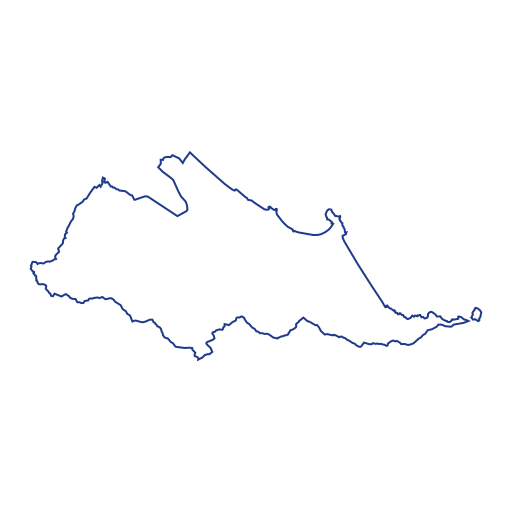 Phu Loc, Thừa Thiên - Huế, Vietnam
{"feature_id": "81297802B61067118889021", "entity_name": "Phu Loc", "entity_type": "district", "adm_level": 2, "iso_a3": "VNM", "parent_name": "Vietnam", "parent_adm1": "Thừa Thiên - Huế", "projection": "mercator", "projection_center": [107.975, 16.288], "detail": "fine", "context": "isolated", "style": "outline", "palette": "blue", "viewbox_px": 512, "rotation_deg": 0, "n_neighbors": 0, "source": "geoboundaries", "source_scale": "gbopen_adm2", "svg_char_len": 6027}
<svg xmlns="http://www.w3.org/2000/svg" viewBox="0 0 512 512"><path d="M386.6,345.9L387.6,345.4L387.8,343.8L388.8,342.9L391.1,341.3L393.2,340.5L395.3,341.4L396.8,340.9L400.0,342.7L401.2,344.1L404.7,344.0L408.0,345.0L410.8,344.4L413.7,343.2L418.5,338.8L421.1,337.3L422.8,335.2L425.2,333.8L427.6,330.3L432.1,329.2L436.8,326.6L438.4,324.6L442.0,324.7L445.2,326.2L450.8,326.7L451.9,326.3L453.7,324.6L463.6,322.9L468.4,321.0L465.4,319.7L464.3,319.6L461.0,317.0L458.7,316.5L458.2,316.7L458.2,318.8L454.0,319.6L452.8,319.3L452.3,319.9L451.8,319.8L451.7,320.5L449.6,322.1L447.8,321.9L447.0,321.1L446.3,321.3L445.8,320.7L444.2,320.2L441.9,318.7L440.3,316.4L436.9,316.5L435.2,314.2L431.5,311.8L430.0,312.1L428.7,313.1L428.1,314.0L427.9,316.6L427.4,316.9L427.1,317.7L425.4,318.4L424.5,318.4L423.2,317.0L421.5,317.3L420.3,315.1L419.7,314.9L418.4,315.6L417.7,315.4L417.6,316.1L417.2,316.3L414.9,315.6L413.9,316.7L412.2,315.6L410.6,317.9L407.8,319.1L406.7,318.6L405.7,317.3L404.5,317.2L403.9,316.8L403.3,315.1L401.5,314.8L400.5,313.4L399.6,313.3L399.1,314.1L397.9,314.3L397.3,313.0L396.3,312.5L395.7,312.8L395.2,312.2L394.5,311.3L394.8,310.8L394.5,310.3L393.7,310.7L390.6,308.4L389.5,308.3L387.2,305.5L386.5,305.8L386.7,306.9L385.7,307.3L384.9,306.6L382.1,301.6L371.9,286.3L358.0,264.5L344.4,241.6L342.8,238.1L342.6,235.8L345.9,234.2L346.4,232.5L345.9,232.7L345.0,232.3L344.6,229.1L343.7,227.9L343.6,226.8L342.7,225.9L342.3,224.8L342.4,223.2L341.3,222.5L340.9,221.4L339.9,220.5L339.9,219.7L339.4,219.0L340.3,217.0L340.1,216.1L338.6,216.6L336.5,216.0L335.8,216.2L335.1,215.8L333.1,212.9L332.3,212.3L331.3,209.7L329.2,209.2L327.7,210.1L326.8,211.3L325.6,214.2L326.3,216.8L327.1,217.7L327.2,219.4L328.9,219.6L332.1,222.3L331.6,223.4L333.1,223.9L330.5,227.7L328.4,229.9L325.3,232.1L321.1,234.2L318.0,234.9L313.3,235.0L299.0,232.5L296.2,231.7L294.8,231.0L293.6,231.5L293.0,230.9L292.8,229.6L287.7,226.7L285.8,225.0L282.6,221.8L277.0,214.6L276.3,212.0L276.8,210.4L276.7,209.0L275.8,208.9L275.1,210.0L274.0,209.9L271.2,208.0L270.3,206.8L269.3,206.7L268.5,207.2L269.1,208.7L268.3,209.6L265.9,209.7L264.2,209.2L254.4,202.7L251.7,200.5L248.1,199.9L246.8,197.9L245.2,196.9L236.7,189.6L235.8,189.4L234.7,190.6L232.2,189.5L224.9,184.1L205.9,167.4L189.9,152.4L184.8,159.3L182.8,163.0L179.2,158.4L172.4,155.2L170.7,157.1L166.8,156.9L164.6,157.5L163.3,158.5L163.0,159.9L160.7,159.8L160.8,163.8L158.2,167.2L162.5,171.6L171.3,178.2L173.3,180.1L178.4,191.5L181.1,196.6L185.2,201.0L186.2,202.8L187.1,206.1L187.4,209.8L186.4,211.2L177.4,216.1L148.0,196.7L146.2,196.3L144.4,196.5L134.9,199.8L134.3,199.7L132.1,195.4L130.3,195.0L126.0,191.7L124.6,191.1L119.4,190.5L118.5,189.6L116.4,189.2L114.6,187.7L113.2,187.6L112.2,186.5L110.9,186.6L107.5,181.8L105.3,182.8L104.2,181.8L104.9,178.6L102.9,177.6L102.1,180.4L102.4,183.5L100.6,186.7L99.4,185.0L96.6,187.8L94.5,186.8L90.2,192.7L86.6,198.5L84.1,199.5L82.7,201.7L78.6,204.6L76.9,205.3L76.4,206.1L75.3,208.2L74.3,211.6L73.0,213.8L73.4,214.5L73.6,216.4L73.0,219.1L71.2,221.0L68.3,226.8L67.8,227.2L66.1,231.8L66.9,232.7L65.0,234.4L64.8,236.8L65.5,238.0L64.4,238.3L63.8,239.0L63.0,240.8L63.0,242.7L62.4,243.9L58.4,248.2L58.1,248.9L59.0,251.1L59.0,251.9L56.2,254.5L55.4,255.6L55.1,256.9L56.0,259.0L54.3,259.4L52.2,260.8L49.9,261.6L47.6,261.5L45.7,262.0L43.6,263.5L40.8,263.0L38.7,263.3L37.5,264.0L36.9,262.8L36.1,262.2L32.9,261.8L32.1,262.5L31.7,264.3L30.9,265.6L31.5,266.5L30.7,268.8L32.7,271.3L34.0,271.9L34.0,272.7L33.4,273.2L33.5,273.5L34.8,274.6L35.1,275.7L35.9,275.8L36.4,277.1L36.1,278.6L36.6,279.7L36.3,280.5L37.3,281.2L37.8,283.2L39.1,284.3L43.4,284.2L45.8,285.3L46.3,286.2L45.7,288.3L45.9,288.9L48.5,291.7L49.4,293.3L50.3,293.6L51.1,295.8L52.9,296.3L54.5,293.7L61.5,296.5L65.2,294.3L66.0,294.2L69.3,296.4L69.7,297.4L71.1,298.3L72.4,298.8L75.6,299.1L77.1,302.0L77.9,302.3L79.5,302.2L81.3,303.1L83.3,303.0L84.7,301.0L88.3,300.4L89.0,298.9L89.7,298.5L92.6,298.6L93.8,298.0L97.1,297.5L99.6,298.0L102.4,297.0L104.6,298.7L105.7,299.2L110.7,298.1L113.4,299.4L115.1,301.7L120.7,305.2L122.7,309.2L125.8,311.2L127.4,314.0L129.6,315.2L130.2,316.0L132.4,321.5L134.2,320.7L135.8,320.6L142.1,322.3L145.2,321.7L149.8,319.7L152.4,319.7L153.6,322.2L155.2,323.1L155.4,323.9L156.6,324.9L157.4,326.3L159.6,327.2L161.1,329.1L161.7,331.8L162.6,333.1L163.1,335.3L164.4,337.2L166.0,338.1L167.7,338.3L170.9,342.1L172.9,343.2L175.3,346.4L176.0,346.8L184.6,348.0L188.7,347.7L192.2,348.0L192.4,349.7L195.3,352.7L194.6,354.6L194.8,356.1L197.4,357.1L198.4,358.3L198.2,359.6L202.6,357.4L204.9,354.9L206.4,354.7L207.3,354.2L209.4,354.2L212.3,351.9L210.5,347.8L207.1,344.7L206.3,343.4L207.0,342.1L212.6,339.9L214.5,338.4L213.7,335.5L212.3,333.4L212.8,332.3L214.8,331.8L215.9,330.6L219.3,329.4L222.1,329.8L223.0,329.0L223.4,327.2L224.5,326.5L224.6,324.1L228.9,325.1L232.8,321.9L235.5,320.7L236.0,320.0L236.2,318.4L237.1,317.5L238.1,317.3L239.4,317.6L241.5,316.4L244.2,317.8L244.7,319.3L246.9,322.6L249.2,324.0L252.1,327.5L254.6,328.8L256.3,331.3L258.0,331.6L260.0,333.2L262.7,333.3L264.4,333.9L267.5,333.8L269.8,335.0L273.2,337.5L277.4,338.5L278.0,337.7L279.1,337.6L281.0,336.5L283.5,336.1L284.0,335.6L286.8,335.1L288.3,334.3L288.6,332.9L289.4,332.2L290.2,330.4L293.2,329.3L295.8,327.4L296.3,326.0L296.0,324.5L296.5,323.6L298.4,322.2L299.1,321.0L303.4,317.6L307.6,321.3L309.3,321.6L315.5,325.2L317.2,325.1L319.1,327.6L320.9,331.0L324.7,334.5L327.2,334.1L332.4,335.3L333.3,334.8L334.2,335.3L335.1,335.0L339.1,337.2L340.1,336.7L341.9,336.6L343.4,337.7L344.3,337.8L346.5,339.1L347.2,339.9L349.1,340.6L352.6,343.0L354.6,343.6L356.5,345.4L359.0,346.7L360.4,346.8L361.3,346.3L364.0,342.6L369.3,344.2L371.6,344.2L372.9,343.2L375.9,343.9L377.0,343.5L378.9,344.0L381.3,343.8L382.5,344.5L384.1,344.6L386.6,345.9ZM477.6,308.4L475.6,307.9L475.5,308.4L474.8,308.7L474.5,310.0L472.7,312.2L472.4,313.1L472.8,314.1L472.7,315.1L471.9,316.2L471.8,317.4L471.4,317.6L472.9,319.5L473.5,319.7L474.5,319.2L475.2,319.3L478.1,321.1L478.7,321.0L479.4,320.1L479.0,318.8L480.2,317.3L481.3,312.6L480.1,310.4L477.6,308.4Z" fill="none" stroke="#1e3a8a" stroke-width="2"/></svg>